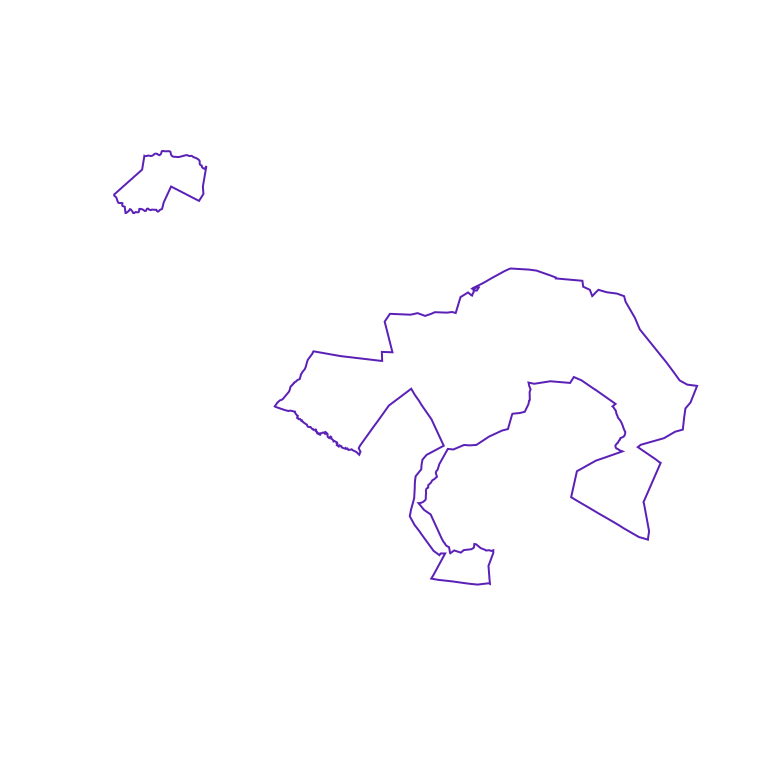 the district of Asunción Nochixtlán, Oaxaca, Mexico, rotated 103°
{"feature_id": "50627088B53050207097462", "entity_name": "Asunción Nochixtlán", "entity_type": "district", "adm_level": 2, "iso_a3": "MEX", "parent_name": "Mexico", "parent_adm1": "Oaxaca", "projection": "natural_earth1", "projection_center": [-97.155, 17.382], "detail": "fine", "context": "isolated", "style": "outline", "palette": "violet", "viewbox_px": 768, "rotation_deg": 103, "n_neighbors": 0, "source": "geoboundaries", "source_scale": "gbopen_adm2", "svg_char_len": 6125}
<svg xmlns="http://www.w3.org/2000/svg" viewBox="0 0 768 768"><g transform="rotate(103 384 384)"><path d="M476.3,91.8L474.2,92.1L468.6,92.5L467.8,92.6L442.2,103.7L440.8,104.6L431.9,102.9L398.6,96.7L398.1,98.4L396.2,102.5L388.4,122.5L385.5,120.2L373.8,99.0L365.0,89.6L361.2,82.6L349.2,84.0L340.0,84.8L333.1,81.2L315.4,78.5L316.4,88.3L314.2,96.2L313.7,97.1L307.8,103.8L299.8,113.2L273.2,147.1L263.1,154.4L249.5,167.1L244.4,169.8L243.5,177.4L244.5,187.5L244.0,196.3L248.5,199.1L251.0,200.5L251.5,200.9L245.9,204.6L244.4,211.8L238.8,213.9L242.5,240.4L241.6,240.5L240.9,245.6L239.2,260.9L239.9,268.4L243.0,286.7L244.8,289.3L247.1,292.2L256.9,303.2L263.1,309.8L270.6,319.0L271.3,319.6L271.7,318.4L268.1,314.6L268.4,313.3L272.1,314.6L272.7,317.7L274.7,317.3L275.9,317.9L278.0,318.0L277.9,318.8L275.9,322.7L282.1,329.0L298.7,330.1L298.5,333.7L300.3,338.7L302.6,350.6L305.2,354.1L308.4,359.3L307.4,367.2L310.5,373.7L314.3,394.0L323.1,397.4L329.8,393.9L351.2,382.9L353.2,393.3L361.9,391.0L362.2,392.6L363.3,402.8L366.6,432.7L368.0,459.9L368.5,460.3L369.4,460.5L370.0,460.4L377.6,463.7L380.9,464.0L382.9,464.0L384.8,464.1L387.5,464.6L390.5,466.1L392.7,466.8L393.4,467.2L394.4,467.0L395.7,467.1L397.9,467.2L398.2,467.3L398.3,467.6L398.8,468.0L399.1,468.6L399.7,469.3L400.5,469.7L400.9,470.1L401.3,470.2L402.4,471.6L403.3,471.7L403.6,472.3L404.8,472.6L405.3,473.2L406.1,473.3L407.2,474.3L407.6,474.5L410.4,474.5L412.7,474.8L415.3,476.1L421.6,479.3L422.7,480.6L423.5,481.9L426.4,483.8L430.4,485.4L430.7,484.4L431.7,474.9L431.8,472.2L431.8,470.9L431.2,470.0L431.0,468.8L431.0,464.6L431.6,464.7L432.3,463.8L433.0,463.2L433.6,462.2L434.1,461.9L434.5,460.8L436.5,461.1L436.8,459.6L437.5,459.3L437.4,458.9L437.1,457.7L437.6,457.3L437.8,456.0L438.6,456.1L438.9,454.5L439.5,454.1L439.7,453.3L440.5,451.4L441.0,450.0L441.8,449.5L442.7,448.7L442.8,447.2L442.4,446.0L443.8,444.1L443.9,443.7L443.9,443.0L444.6,442.4L443.7,440.2L443.9,439.9L445.3,439.9L445.5,438.8L445.6,438.6L446.6,438.5L447.2,437.7L446.7,437.2L447.5,436.3L447.8,435.0L446.3,435.0L446.4,434.1L445.1,432.8L445.1,432.0L444.4,431.0L445.3,430.9L445.8,430.2L444.4,429.5L444.7,429.1L445.2,428.7L445.0,428.2L445.6,427.6L446.7,427.6L448.2,426.9L449.0,425.3L447.3,424.4L447.6,423.4L449.1,423.2L449.5,421.9L450.3,420.8L451.3,420.3L450.7,419.5L451.5,416.7L452.3,416.9L452.8,415.9L454.1,416.3L455.1,414.0L453.8,413.6L454.3,411.4L454.9,411.3L455.4,410.7L455.7,407.8L455.1,407.2L455.6,407.0L455.8,406.5L455.0,405.2L455.1,404.9L455.9,404.5L456.2,403.8L456.1,403.1L455.8,402.7L455.5,401.8L454.9,400.8L455.5,399.8L456.5,395.5L457.2,394.4L458.5,392.2L455.2,391.7L453.8,393.0L452.2,394.2L449.5,393.5L434.6,387.3L430.0,385.4L420.3,381.2L403.9,374.4L382.5,356.4L387.7,351.5L392.4,346.2L395.9,342.8L401.9,336.2L407.6,329.9L430.7,311.9L443.5,326.6L449.1,329.5L454.8,329.2L458.7,328.5L463.4,330.8L466.7,332.4L470.3,332.1L473.9,331.6L478.7,330.6L488.6,328.9L500.4,329.4L507.1,329.1L514.4,322.6L519.8,316.0L521.7,314.0L535.4,298.2L538.3,291.5L536.4,290.7L535.4,286.3L559.5,293.0L563.0,294.2L562.6,286.9L561.0,273.3L559.7,258.6L559.3,254.8L558.4,247.7L555.4,239.4L554.6,237.0L554.9,235.8L549.5,237.6L538.2,241.1L537.9,241.3L524.8,239.6L523.9,239.5L521.4,240.1L522.5,241.7L522.3,244.2L523.3,247.1L522.8,248.4L522.2,252.7L519.5,258.1L519.6,260.0L522.6,259.6L523.4,259.8L525.3,261.6L527.9,268.9L531.0,271.2L530.4,278.2L534.0,281.3L533.6,281.7L528.4,283.9L527.8,286.3L526.8,287.9L525.6,288.9L524.5,290.4L521.5,293.1L500.6,309.2L497.7,316.6L492.3,323.6L491.6,321.4L490.3,319.6L488.3,317.9L486.7,317.4L485.0,317.8L482.9,318.2L481.0,318.4L478.5,319.2L476.4,319.1L474.9,317.6L472.8,318.2L471.3,317.2L469.6,316.1L467.0,315.3L465.3,313.5L463.6,312.4L462.5,311.5L459.0,313.5L457.4,313.5L455.5,312.5L451.7,312.2L449.7,312.1L432.9,307.2L432.2,301.7L425.4,292.3L424.6,287.0L422.6,280.3L411.7,269.9L402.8,258.5L400.0,253.1L386.1,252.4L384.1,252.2L381.7,245.1L379.4,240.6L371.1,238.7L367.6,238.9L367.3,238.4L366.5,238.4L359.1,240.3L356.2,240.0L353.5,241.9L350.1,243.5L350.0,237.7L343.9,222.5L341.1,202.9L334.5,200.6L336.0,192.4L342.0,177.1L341.9,177.0L351.3,153.9L354.4,156.3L355.0,155.3L356.5,153.7L357.1,152.9L358.4,151.8L360.3,151.1L360.8,150.6L361.7,150.2L362.7,149.2L363.9,148.7L364.6,147.9L365.2,147.2L366.5,145.5L367.5,144.6L368.7,143.6L369.7,142.9L370.2,142.5L371.8,141.5L373.1,140.7L375.4,139.1L376.4,138.1L378.3,137.9L380.2,138.1L381.3,138.6L383.0,140.6L383.5,141.5L385.3,141.6L385.6,142.0L387.5,142.7L388.5,142.8L389.5,143.7L390.1,143.9L390.8,144.3L392.0,144.7L393.5,144.1L394.4,143.3L394.6,142.4L394.7,141.8L395.6,139.4L396.0,136.5L396.6,137.4L405.9,152.1L411.0,160.3L425.6,176.4L452.2,176.2L454.6,168.8L459.8,152.2L461.9,145.7L464.4,137.3L468.9,122.9L470.7,117.9L475.8,101.1L476.0,96.2L476.3,91.8ZM260.0,689.5L261.2,689.2L262.0,687.5L262.5,686.8L266.2,684.5L267.2,683.5L267.1,681.9L266.7,680.9L266.7,679.5L268.4,679.4L269.4,678.8L269.6,676.5L275.5,674.3L275.3,673.6L272.8,671.6L270.8,670.9L270.9,670.0L272.6,667.8L273.7,667.1L273.7,665.9L272.4,664.8L272.1,662.4L271.6,661.7L269.8,661.5L268.8,661.9L268.3,661.5L268.1,659.4L268.4,657.9L269.2,656.1L268.9,655.0L266.7,654.4L266.2,653.6L266.3,653.0L266.8,652.4L267.0,651.4L267.1,650.4L266.3,649.4L265.5,644.9L266.5,644.3L266.9,643.2L266.5,642.5L264.4,641.2L263.9,640.3L263.3,639.6L256.7,639.5L239.5,635.9L247.2,605.4L239.4,602.7L232.4,604.9L211.6,606.1L213.7,606.7L214.5,606.4L215.2,606.2L214.7,606.7L214.6,607.1L214.6,608.3L213.9,609.8L213.4,610.2L212.7,610.4L212.2,610.9L211.9,612.1L211.2,613.0L209.3,613.5L208.2,613.8L207.2,614.9L206.7,616.0L206.3,617.4L206.0,618.5L205.9,620.4L205.0,622.6L205.2,623.6L205.7,625.1L205.3,626.9L205.6,628.5L208.8,634.5L209.1,635.6L209.4,636.5L209.4,637.7L209.6,638.7L209.9,639.6L209.8,641.0L209.3,642.3L207.7,643.5L206.7,643.9L205.7,644.5L205.5,645.5L205.7,646.7L206.0,647.6L206.6,650.2L206.6,651.8L207.2,652.9L207.9,653.0L208.3,652.9L209.1,653.0L209.9,653.1L210.8,653.5L211.6,654.5L211.4,655.6L210.8,656.7L210.8,657.4L210.9,658.2L211.2,659.1L211.8,659.6L212.5,660.0L213.5,660.9L214.4,662.6L214.3,664.1L214.5,665.3L215.0,666.0L215.8,668.2L215.6,668.8L229.5,667.9L260.0,689.5Z" fill="none" stroke="#5b21b6" stroke-width="2"/></g></svg>